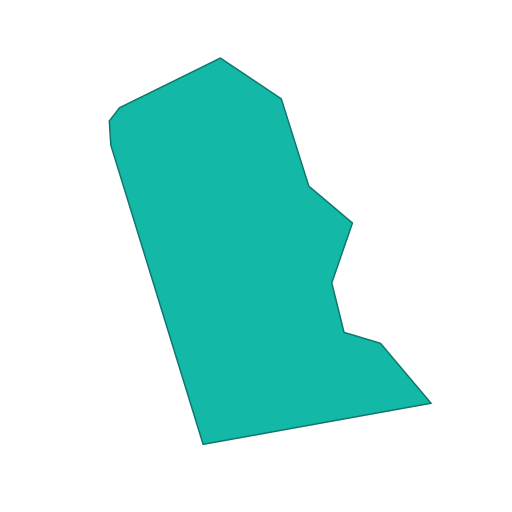 Coventry, Natural Earth projection, rotated 250°
{"feature_id": "GBR-5696", "entity_name": "Coventry", "entity_type": "Metropolitan Borough", "adm_level": 1, "iso_a3": "GBR", "parent_name": "United Kingdom", "parent_adm1": "", "projection": "natural_earth1", "projection_center": [-1.533, 52.398], "detail": "fine", "context": "isolated", "style": "filled", "palette": "teal", "viewbox_px": 512, "rotation_deg": 250, "n_neighbors": 0, "source": "natural_earth", "source_scale": "10m", "svg_char_len": 324}
<svg xmlns="http://www.w3.org/2000/svg" viewBox="0 0 512 512"><g transform="rotate(250 256 256)"><path d="M57.8,370.1L97.1,141.9L409.8,157.5L433.0,164.3L442.0,178.5L454.2,290.2L395.0,333.5L303.6,329.5L254.0,357.9L204.8,318.0L154.1,312.6L131.4,343.1L57.8,370.1Z" fill="#14b8a6" stroke="#0f766e" stroke-width="1.5"/></g></svg>